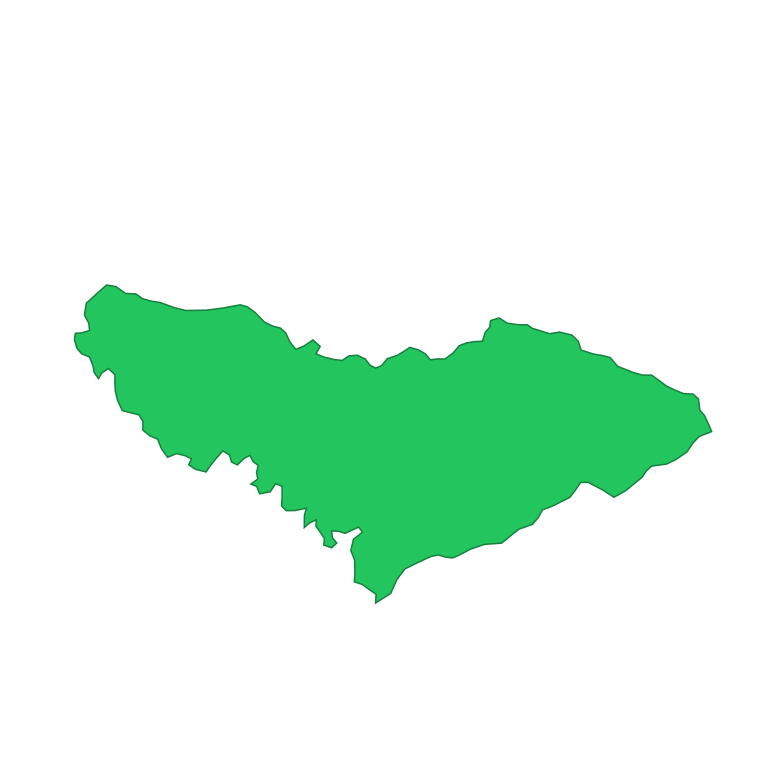 Gavião Peixoto, São Paulo, Brazil (Albers equal-area conic projection), rotated 42°
{"feature_id": "56859067B58111401621977", "entity_name": "Gavião Peixoto", "entity_type": "district", "adm_level": 2, "iso_a3": "BRA", "parent_name": "Brazil", "parent_adm1": "São Paulo", "projection": "albers", "projection_center": [-48.456, -21.78], "detail": "fine", "context": "isolated", "style": "filled", "palette": "green", "viewbox_px": 768, "rotation_deg": 42, "n_neighbors": 0, "source": "geoboundaries", "source_scale": "gbopen_adm2", "svg_char_len": 2534}
<svg xmlns="http://www.w3.org/2000/svg" viewBox="0 0 768 768"><g transform="rotate(42 384 384)"><path d="M659.3,200.1L651.1,196.3L643.0,192.9L636.3,192.1L627.7,184.7L620.4,184.7L613.0,190.7L605.1,193.6L595.4,196.5L585.4,197.4L577.0,198.3L569.9,204.5L561.3,208.8L545.8,214.5L534.4,213.0L527.1,216.8L519.5,221.6L507.9,226.9L499.8,222.3L491.1,221.8L479.7,228.0L473.3,235.9L463.8,240.2L457.0,243.4L450.8,244.1L444.4,249.9L434.9,256.3L425.3,257.9L420.8,265.5L424.6,271.2L424.6,277.7L428.5,286.4L423.1,291.7L417.9,298.1L414.3,305.1L414.6,314.7L412.6,324.6L407.1,329.4L402.3,335.0L394.5,333.9L386.7,335.6L378.6,339.6L377.0,346.2L374.7,353.8L369.5,363.0L369.9,372.1L367.0,377.9L360.8,379.4L353.4,377.9L344.7,380.6L339.1,386.6L337.2,394.4L330.7,399.1L321.6,404.0L313.3,407.1L311.4,398.8L301.7,398.8L299.0,409.7L295.3,417.3L285.6,415.6L276.9,411.8L269.5,411.8L263.0,415.3L253.7,418.0L240.3,417.1L231.0,418.0L224.2,421.3L213.8,434.9L202.5,448.1L187.4,462.1L176.9,467.7L163.3,473.1L155.2,478.4L147.4,482.2L139.3,483.1L131.4,489.6L119.6,491.0L111.6,496.0L110.2,507.8L108.7,523.0L115.1,533.2L123.8,536.3L129.4,541.2L125.2,548.2L120.7,552.8L124.2,558.1L131.7,562.8L138.9,563.9L147.2,561.0L155.7,565.3L161.1,569.5L168.3,571.0L166.9,564.8L168.9,556.8L178.0,557.2L182.5,562.5L189.0,569.0L197.2,574.6L207.4,578.9L222.6,570.9L230.1,573.2L235.6,579.6L244.7,579.2L252.8,576.5L261.9,581.0L272.2,583.3L276.4,574.6L283.8,570.5L290.9,568.4L292.9,574.7L300.9,573.6L310.7,568.4L309.6,561.1L309.1,552.0L309.0,541.5L316.6,540.2L323.0,544.0L329.2,542.2L329.8,533.1L332.1,526.8L338.9,529.3L345.0,528.6L348.5,535.1L353.8,539.1L352.0,547.4L357.9,545.3L365.0,548.9L371.6,540.2L370.2,530.6L376.7,528.2L384.6,537.0L389.4,543.1L396.0,543.6L402.6,537.6L409.4,528.2L412.9,535.1L420.8,544.0L421.6,537.3L424.5,530.2L428.6,535.3L436.5,537.0L443.1,538.7L447.0,544.0L454.7,540.7L455.3,533.8L448.6,532.8L443.3,528.2L449.1,523.7L455.1,520.9L457.6,515.0L460.9,507.3L467.1,508.6L465.2,519.9L470.8,530.0L479.9,534.5L488.6,543.6L494.3,550.9L502.0,547.5L510.3,546.7L518.8,545.6L524.3,552.3L529.1,535.2L524.3,520.2L523.3,507.3L527.9,495.9L531.5,487.2L534.3,480.8L538.6,474.8L546.0,471.2L551.2,467.5L554.1,461.6L558.7,449.0L566.1,435.8L577.9,423.6L580.0,409.8L581.4,401.6L588.2,389.1L588.1,380.4L586.0,371.4L590.5,362.9L598.0,343.9L597.3,335.2L596.0,325.6L601.5,320.5L617.9,316.3L630.7,314.3L634.9,302.0L635.9,295.8L638.2,280.4L637.1,272.7L637.8,266.0L647.5,254.5L651.4,245.1L654.6,231.9L653.1,221.0L653.4,211.9L659.3,200.1Z" fill="#22c55e" stroke="#15803d" stroke-width="1.5"/></g></svg>